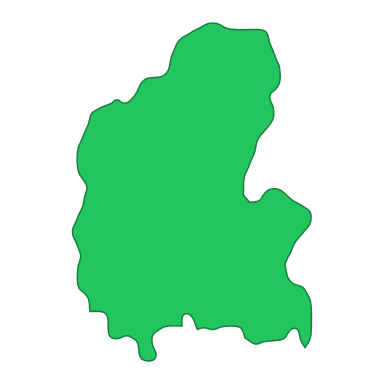 Pimentel, Duarte, Dominican Republic (Natural Earth projection)
{"feature_id": "3306468B52155686963809", "entity_name": "Pimentel", "entity_type": "district", "adm_level": 2, "iso_a3": "DOM", "parent_name": "Dominican Republic", "parent_adm1": "Duarte", "projection": "natural_earth1", "projection_center": [-70.124, 19.207], "detail": "fine", "context": "isolated", "style": "filled", "palette": "green", "viewbox_px": 384, "rotation_deg": 0, "n_neighbors": 0, "source": "geoboundaries", "source_scale": "gbopen_adm2", "svg_char_len": 3554}
<svg xmlns="http://www.w3.org/2000/svg" viewBox="0 0 384 384"><path d="M279.1,65.7L275.8,58.4L273.2,51.1L270.2,44.3L269.3,41.5L267.6,34.6L266.2,32.2L265.0,31.2L262.4,30.1L258.0,29.5L240.0,29.7L231.8,29.3L228.6,28.8L225.6,27.9L219.7,24.6L217.0,23.6L212.8,23.0L208.4,23.5L205.8,24.5L199.9,27.9L193.4,31.0L188.8,34.0L182.6,37.4L179.4,40.1L176.9,43.7L171.6,56.1L170.8,59.0L169.4,66.8L168.5,69.8L167.0,72.3L165.1,74.4L162.8,75.9L161.3,76.5L158.3,77.2L148.9,78.0L145.9,79.0L144.7,79.7L142.6,81.5L140.8,83.8L139.4,86.4L137.0,92.0L134.3,96.1L131.2,99.7L128.9,101.6L127.7,102.4L125.2,103.2L122.9,103.0L121.9,102.6L119.0,100.4L116.9,99.9L114.7,100.5L113.2,101.7L111.9,103.2L104.5,106.0L100.2,107.9L93.6,111.6L91.7,113.4L90.4,115.9L88.7,123.1L87.7,125.9L84.6,132.5L82.4,138.3L78.7,146.4L78.2,148.1L77.6,151.5L77.2,156.9L77.2,162.4L77.7,167.8L78.4,171.2L78.9,172.9L80.4,175.7L84.8,182.1L86.2,184.6L87.0,187.4L86.9,188.7L86.4,191.3L84.8,196.5L82.9,205.8L81.8,208.7L78.5,215.3L76.2,221.1L73.2,227.6L72.5,230.5L72.6,233.7L73.3,236.6L76.3,243.0L80.0,252.4L80.7,254.9L80.7,257.6L78.3,265.5L77.6,270.6L77.3,277.7L77.4,281.2L77.8,284.5L78.8,287.5L79.5,288.8L80.3,289.8L85.1,293.8L86.8,296.0L88.2,298.5L88.7,300.0L89.4,303.2L89.8,311.5L99.4,311.4L102.3,311.9L105.0,313.1L106.1,314.2L107.0,315.6L107.5,317.1L108.1,320.3L108.2,329.0L108.5,332.3L109.4,335.3L110.3,336.7L111.6,337.7L112.9,338.3L114.3,338.7L117.2,338.7L120.1,338.0L123.9,336.3L126.5,335.7L129.3,336.2L134.1,338.9L136.1,340.6L137.6,343.0L138.4,345.9L139.2,353.7L140.1,356.6L140.9,358.0L142.0,359.1L143.2,359.8L146.0,360.8L150.2,361.0L152.9,360.2L154.1,359.5L155.2,358.3L155.8,357.0L156.1,355.6L155.9,352.9L152.8,346.0L152.3,344.4L151.9,341.1L152.0,337.7L152.5,336.1L153.2,334.6L154.0,333.5L156.0,331.7L161.0,328.4L163.9,327.0L165.5,326.5L168.7,326.0L172.0,325.8L182.0,326.0L181.9,319.4L182.5,316.4L183.4,315.1L184.6,314.2L185.8,313.7L187.2,313.7L188.5,314.0L189.8,314.7L191.0,315.7L192.9,318.2L194.3,321.1L195.7,325.4L197.4,329.5L200.9,328.1L203.5,327.8L206.1,328.0L210.1,329.2L212.7,329.7L215.4,329.1L221.0,327.0L224.0,326.4L230.3,325.9L236.4,326.3L239.2,327.1L240.5,327.8L241.6,328.8L243.0,331.2L244.9,337.7L252.4,342.9L254.6,343.9L255.8,344.1L258.2,343.8L262.7,342.1L265.6,341.4L279.6,340.1L282.4,339.4L284.7,337.9L285.6,337.0L288.1,332.7L290.5,329.9L292.5,328.6L293.7,328.3L295.0,328.3L296.2,328.7L297.3,329.4L298.2,330.4L299.1,332.8L300.2,338.3L301.2,341.1L302.6,343.7L305.0,347.5L307.6,344.0L309.0,341.4L310.2,338.3L310.9,334.8L311.4,327.5L311.5,314.3L311.2,306.9L310.5,301.5L309.5,298.3L308.2,295.7L304.8,289.7L303.1,287.7L300.9,286.3L296.0,284.8L293.5,283.8L291.3,282.2L289.4,280.1L287.9,277.6L286.9,274.6L284.9,264.2L287.4,258.2L290.9,251.6L293.2,246.0L294.6,243.1L296.4,240.5L298.4,238.0L306.8,228.4L309.5,224.5L310.6,221.5L310.9,219.9L311.1,216.8L310.7,213.8L310.2,212.4L309.4,211.1L307.5,209.3L299.8,204.3L294.6,201.7L292.1,200.1L289.7,198.1L283.8,192.6L281.3,190.7L280.0,189.9L277.1,189.0L275.7,188.8L272.8,188.8L269.9,189.4L268.6,190.0L267.4,190.7L265.4,192.5L263.7,194.6L261.0,199.0L260.1,199.9L259.0,200.7L257.9,201.2L255.3,201.9L249.7,202.3L243.5,195.3L243.5,183.3L243.8,180.0L244.4,176.7L245.3,173.8L248.5,167.2L250.7,161.3L254.3,153.3L255.1,150.3L256.3,144.0L257.2,140.9L258.8,137.9L260.7,135.2L268.5,126.2L270.5,123.5L272.3,120.6L273.4,117.4L273.8,114.2L273.6,109.4L272.9,106.3L270.2,100.2L269.7,97.6L269.8,96.2L270.1,95.0L270.5,93.8L271.3,92.8L274.9,89.9L276.6,88.1L278.2,85.8L279.4,83.0L280.0,79.8L280.2,74.8L279.8,69.8L279.1,65.7Z" fill="#22c55e" stroke="#15803d" stroke-width="1.5"/></svg>